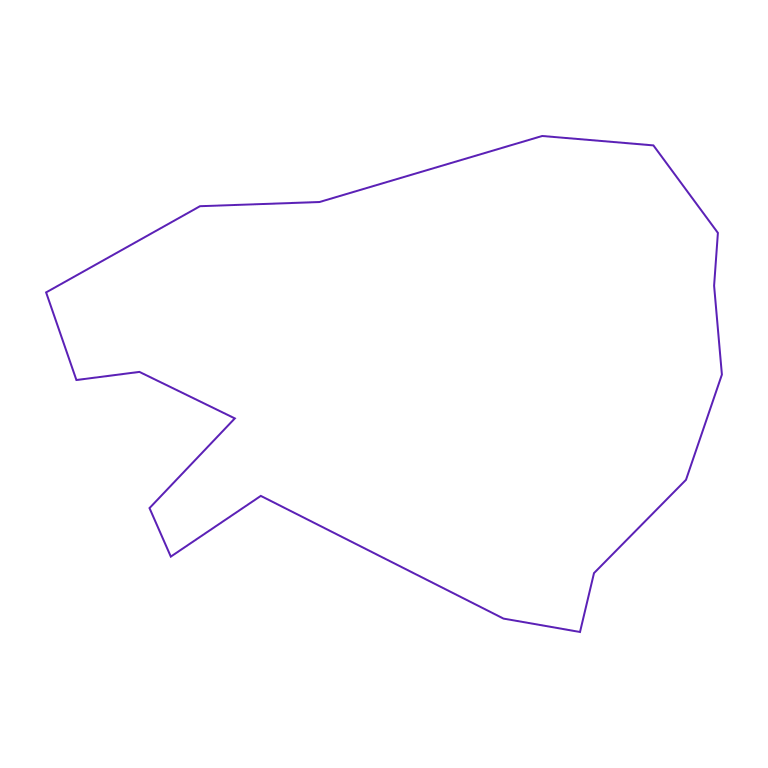 outline of Damascus
{"feature_id": "SYR-4843", "entity_name": "Damascus", "entity_type": "Province", "adm_level": 1, "iso_a3": "SYR", "parent_name": "Syria", "parent_adm1": "", "projection": "mercator", "projection_center": [36.275, 33.512], "detail": "fine", "context": "isolated", "style": "outline", "palette": "violet", "viewbox_px": 768, "rotation_deg": 0, "n_neighbors": 0, "source": "natural_earth", "source_scale": "10m", "svg_char_len": 353}
<svg xmlns="http://www.w3.org/2000/svg" viewBox="0 0 768 768"><path d="M542.1,136.0L653.4,145.4L717.9,232.9L714.1,285.7L721.9,374.6L686.0,479.8L594.0,573.1L580.0,632.0L503.5,618.6L260.8,495.9L170.8,556.6L149.5,508.1L234.8,418.4L139.4,371.9L76.4,380.0L46.1,292.4L200.0,206.2L319.5,202.0L542.1,136.0Z" fill="none" stroke="#5b21b6" stroke-width="2"/></svg>